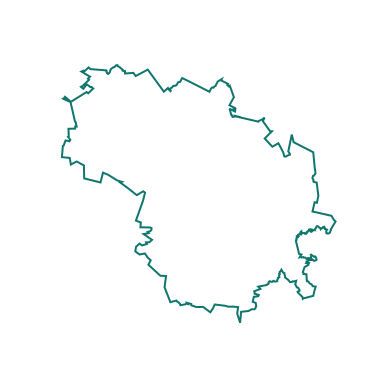 El Fuerte, Sinaloa, Mexico, rotated 103°
{"feature_id": "50627088B83457177137003", "entity_name": "El Fuerte", "entity_type": "district", "adm_level": 2, "iso_a3": "MEX", "parent_name": "Mexico", "parent_adm1": "Sinaloa", "projection": "robinson", "projection_center": [-108.711, 26.237], "detail": "fine", "context": "isolated", "style": "outline", "palette": "teal", "viewbox_px": 384, "rotation_deg": 103, "n_neighbors": 0, "source": "geoboundaries", "source_scale": "gbopen_adm2", "svg_char_len": 5813}
<svg xmlns="http://www.w3.org/2000/svg" viewBox="0 0 384 384"><g transform="rotate(103 192 192)"><path d="M158.2,326.6L165.5,324.6L166.1,325.2L168.5,322.3L170.3,323.0L170.1,324.3L170.2,326.8L175.6,327.5L176.1,328.2L187.3,326.6L186.3,318.8L192.5,316.2L188.2,311.3L190.4,303.3L203.0,300.1L203.3,283.3L193.2,283.1L194.0,277.8L197.6,267.4L197.9,262.7L198.9,264.2L202.7,255.2L207.5,245.1L202.3,239.7L203.2,237.6L211.6,237.8L232.5,240.2L233.2,235.0L238.0,234.3L236.0,225.0L236.2,223.4L237.9,223.0L239.5,223.8L240.9,226.2L241.8,225.0L243.9,229.7L247.6,220.2L250.6,222.3L251.4,225.4L252.8,224.3L255.3,228.6L254.1,231.5L258.0,234.2L262.6,233.9L264.7,229.0L262.5,224.1L265.9,220.3L267.8,216.9L272.7,218.1L280.7,204.0L279.7,198.4L291.0,197.3L304.2,188.3L301.3,182.7L301.7,182.4L302.1,181.9L302.3,180.8L303.6,178.6L304.9,177.8L302.9,173.1L302.3,172.8L302.1,172.2L302.1,171.0L301.1,171.9L301.3,167.5L302.6,167.1L303.1,162.0L301.5,155.3L305.1,147.1L301.0,145.5L296.5,144.5L295.4,134.1L295.6,131.0L294.7,127.0L294.5,126.8L293.8,121.2L300.3,120.6L308.6,115.7L297.7,117.2L295.3,110.3L292.7,107.3L292.3,105.0L291.0,104.0L289.4,104.0L288.9,103.7L285.7,105.0L285.4,108.1L280.2,108.2L279.4,105.8L278.6,104.1L277.4,103.7L277.2,104.8L277.0,108.1L276.4,108.2L276.0,108.5L275.3,108.5L274.7,109.0L271.1,103.5L269.3,106.2L265.8,98.2L265.1,98.0L264.6,97.0L264.4,96.9L263.7,96.7L262.8,97.1L261.5,96.4L261.4,96.2L261.7,94.6L261.3,93.3L260.3,92.9L260.3,92.5L260.7,92.4L260.5,90.4L259.7,88.9L258.5,89.2L256.7,88.6L256.2,88.9L255.3,87.7L253.5,88.5L253.0,88.4L252.5,88.0L251.8,88.7L251.1,88.3L250.2,88.6L249.0,87.8L247.6,87.4L249.9,85.3L250.3,83.8L250.5,83.9L252.8,82.5L254.4,82.0L255.9,78.6L257.7,76.3L257.0,74.2L256.4,73.7L256.5,73.5L256.1,72.6L256.2,72.4L255.1,70.5L258.9,70.6L260.7,68.8L261.4,68.4L261.4,67.1L261.7,66.7L263.4,65.1L264.2,65.0L264.8,65.9L264.9,66.3L265.4,66.7L266.1,66.2L269.6,60.6L271.2,60.0L270.6,59.5L265.9,50.5L261.3,50.5L256.4,50.2L256.6,52.9L256.4,52.9L256.2,53.6L255.1,54.7L254.6,56.8L253.1,58.5L253.0,59.0L253.1,59.9L252.1,60.1L251.9,60.4L246.4,62.0L246.8,64.7L246.3,64.6L245.3,66.0L239.7,65.4L238.2,63.6L236.8,62.2L235.9,62.7L235.3,62.1L234.7,62.0L234.7,63.1L235.4,63.5L235.6,64.7L235.0,64.5L234.7,64.6L234.7,64.4L234.0,64.1L233.7,64.5L233.1,63.6L232.6,63.6L232.3,63.0L231.7,63.5L230.9,62.1L231.2,61.7L231.7,61.5L231.5,60.7L230.9,61.1L231.0,61.5L230.5,62.0L229.7,61.2L230.2,61.1L230.6,60.6L230.5,60.1L231.0,59.9L230.8,59.4L231.0,59.2L231.1,58.7L231.3,58.8L231.4,58.5L231.4,58.1L231.6,57.7L231.1,56.5L230.8,56.0L230.1,55.4L228.7,56.0L227.4,57.0L227.1,57.4L227.1,57.7L227.7,58.4L227.4,58.8L227.4,59.2L227.0,59.9L227.0,60.5L226.3,61.4L226.2,61.8L226.4,62.0L226.7,61.4L227.1,61.2L228.1,61.6L229.1,61.4L229.9,61.8L230.3,62.3L230.4,62.9L230.1,63.1L230.1,63.9L230.5,64.3L231.0,64.1L231.4,65.4L230.4,66.7L230.8,68.6L230.4,68.9L231.1,70.3L230.8,70.6L230.8,71.2L231.4,72.4L228.3,71.3L228.3,73.7L216.2,79.8L215.2,79.3L214.8,79.4L214.9,79.7L214.8,79.8L213.0,79.8L212.4,79.2L212.2,78.5L211.5,78.6L211.1,78.2L210.9,78.5L211.6,79.3L211.5,79.7L211.3,79.9L210.5,78.7L210.1,79.0L209.7,79.0L209.5,78.4L208.7,77.4L208.1,77.6L207.9,77.4L208.0,77.2L208.6,77.1L208.9,76.8L208.8,76.0L208.5,76.0L208.4,76.4L207.6,76.3L206.9,76.7L206.5,77.1L205.8,76.6L206.5,76.4L207.0,75.1L207.1,74.5L206.7,73.8L206.6,73.3L207.2,72.5L206.7,72.0L207.0,71.4L205.6,70.9L205.3,71.2L204.6,70.8L204.9,70.4L203.9,70.1L203.0,69.4L202.9,68.8L202.2,69.4L201.8,68.6L203.5,68.0L203.9,67.5L203.9,66.6L202.9,65.9L202.7,66.4L203.0,67.5L202.3,67.7L201.7,67.3L201.5,66.8L202.0,66.1L201.7,64.3L201.5,64.6L200.0,63.4L198.8,63.0L198.6,63.2L197.2,62.6L197.0,62.1L197.3,60.9L198.1,60.1L198.2,58.9L199.3,58.3L198.1,57.5L197.8,56.7L197.4,56.3L196.7,56.4L196.1,55.3L196.9,54.7L198.1,54.2L197.9,53.6L198.3,53.2L198.3,52.0L199.5,52.3L200.6,52.3L201.9,51.8L202.0,51.5L201.7,51.1L202.0,50.2L201.4,49.2L200.8,48.6L200.2,48.4L199.3,48.4L197.8,48.1L197.5,48.4L188.4,45.5L187.3,47.4L183.8,50.8L183.9,70.2L174.4,70.2L174.4,67.9L167.4,68.0L154.8,72.6L154.8,74.9L154.5,74.9L154.4,75.2L154.6,75.8L154.2,76.2L152.5,76.6L151.4,77.8L149.1,77.7L149.0,77.3L148.6,76.9L146.6,76.0L146.2,76.1L145.9,75.9L140.4,78.0L126.0,82.8L120.6,104.2L113.6,107.7L130.9,107.3L132.7,105.3L133.6,105.0L134.1,105.9L135.7,107.9L136.5,108.6L136.5,110.1L133.1,111.9L128.8,115.5L125.1,118.8L129.8,123.9L123.5,133.2L114.9,127.8L115.2,129.6L107.1,138.8L103.1,138.1L105.1,139.4L108.2,143.5L108.5,143.4L108.5,164.4L108.2,164.0L108.1,167.9L109.1,167.8L109.7,169.4L108.1,170.6L108.1,171.1L103.0,173.8L102.6,173.6L103.9,168.2L103.7,168.2L103.2,168.8L102.3,169.5L102.4,168.3L101.1,168.4L100.6,168.7L99.1,175.0L90.2,172.5L80.2,178.9L81.0,179.3L80.9,180.0L80.1,179.8L79.7,181.7L78.5,181.3L76.7,188.8L75.4,188.5L78.6,191.8L83.5,193.0L84.1,193.9L85.4,194.4L85.7,196.0L86.9,196.7L90.4,197.6L84.6,221.0L83.2,227.2L87.3,228.4L87.5,228.5L88.2,230.2L91.0,231.0L91.3,231.4L91.9,231.6L92.5,232.7L92.5,233.4L93.3,234.5L94.5,234.8L96.3,236.7L96.6,236.6L98.1,235.5L98.6,235.6L97.2,238.0L96.1,238.9L100.6,242.0L82.7,262.6L91.7,273.0L89.1,275.9L91.6,283.9L89.2,284.6L89.3,284.8L89.6,284.9L89.3,287.1L88.8,287.3L88.5,287.1L86.4,291.1L86.1,292.7L85.2,293.1L85.2,293.5L85.6,294.4L87.7,295.7L88.0,296.0L88.1,296.6L90.3,298.6L91.3,298.9L91.7,298.8L92.5,299.0L93.7,299.0L95.2,299.7L95.2,300.1L95.8,300.3L95.8,300.7L95.1,301.8L93.3,302.4L93.5,302.8L92.8,303.1L95.1,318.7L93.9,320.8L98.6,324.0L98.1,325.0L99.5,326.9L102.6,317.3L105.0,318.9L105.8,317.5L113.5,322.6L114.0,323.4L114.5,323.9L115.9,321.1L111.2,319.0L110.9,318.5L112.0,315.8L112.7,314.7L112.3,314.0L112.2,313.5L112.9,312.6L113.4,311.5L119.2,315.4L118.3,317.2L131.4,330.3L127.8,337.2L128.6,337.5L128.9,337.3L130.1,338.5L131.7,330.6L149.8,321.8L150.3,320.8L152.1,320.3L152.5,319.9L154.2,319.1L154.5,320.5L156.5,320.1L156.6,320.4L158.2,326.6Z" fill="none" stroke="#0f766e" stroke-width="2"/></g></svg>